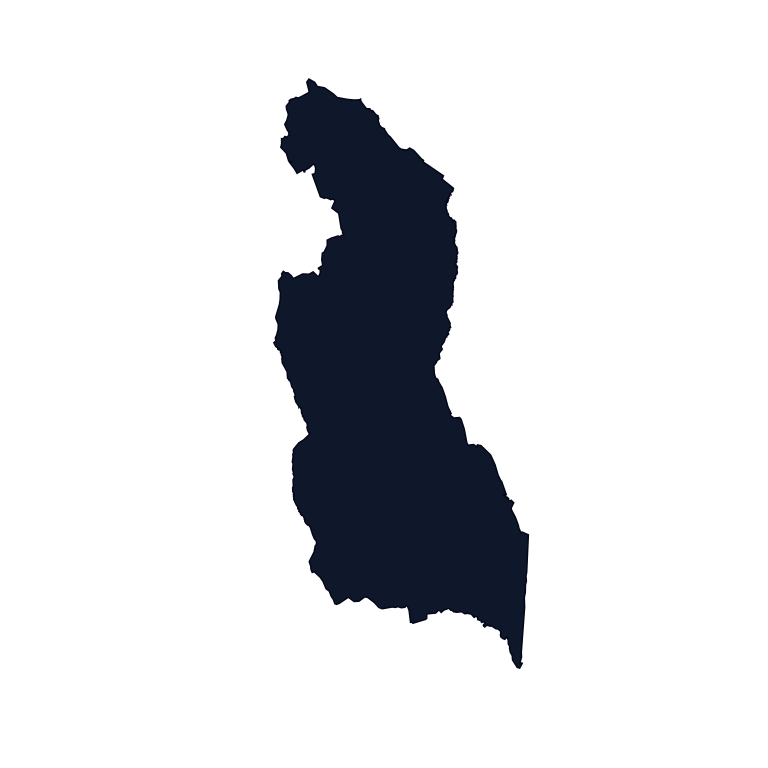 the district of Kilosa, Morogoro, United Republic of Tanzania, rotated 341°
{"feature_id": "72390352B53131574128845", "entity_name": "Kilosa", "entity_type": "district", "adm_level": 2, "iso_a3": "TZA", "parent_name": "United Republic of Tanzania", "parent_adm1": "Morogoro", "projection": "equal_earth", "projection_center": [37.018, -6.957], "detail": "fine", "context": "isolated", "style": "filled", "palette": "ink", "viewbox_px": 768, "rotation_deg": 341, "n_neighbors": 0, "source": "geoboundaries", "source_scale": "gbopen_adm2", "svg_char_len": 6152}
<svg xmlns="http://www.w3.org/2000/svg" viewBox="0 0 768 768"><g transform="rotate(341 384 384)"><path d="M255.5,527.6L255.4,532.5L254.6,535.6L254.8,538.8L256.9,538.8L260.8,546.1L262.1,550.9L262.6,558.8L264.8,562.0L265.0,567.7L266.0,571.2L266.0,575.6L267.3,576.9L270.4,576.8L280.9,574.0L284.9,579.9L289.7,581.2L296.6,579.0L299.1,580.5L303.7,587.4L306.4,593.6L309.1,595.9L319.1,597.5L322.2,599.0L324.7,599.0L327.5,601.2L331.1,601.9L332.7,600.9L333.9,601.8L334.0,606.4L331.5,618.0L333.0,618.3L333.4,619.6L346.8,620.1L348.1,619.4L349.3,616.0L350.5,615.5L358.1,617.4L360.7,616.3L361.5,615.3L363.1,616.8L363.7,618.6L367.2,617.2L372.6,617.2L373.4,619.6L374.3,619.7L375.7,622.0L378.2,623.4L383.5,624.7L385.4,627.4L388.6,628.2L391.6,630.0L393.2,634.0L394.8,633.5L395.8,634.1L396.6,635.5L395.9,637.2L398.8,639.6L398.6,641.1L401.3,641.4L401.6,643.0L399.6,644.2L399.3,645.0L399.8,646.1L400.1,646.5L402.7,645.5L405.8,647.7L406.5,647.2L410.1,651.8L411.9,652.7L413.6,655.2L413.6,656.8L412.3,659.6L412.2,661.4L413.7,663.6L415.1,664.7L418.1,663.3L418.0,666.8L416.9,670.3L417.5,673.1L416.7,674.6L416.1,678.7L416.8,682.7L415.7,686.8L417.7,695.3L419.8,696.8L423.8,693.1L421.9,691.7L425.1,687.0L426.5,682.3L444.3,640.8L447.2,631.4L449.7,627.2L452.4,619.9L454.5,616.6L455.7,611.8L457.6,608.5L471.4,573.6L466.3,568.9L465.0,569.0L464.6,564.4L465.0,561.2L464.8,552.8L463.5,544.3L464.1,542.4L468.0,538.5L466.4,535.3L465.6,535.7L464.4,535.0L464.1,533.8L464.5,532.8L463.6,531.2L462.6,531.3L462.7,529.3L461.4,528.9L461.2,528.0L461.2,527.2L463.6,528.1L463.5,514.2L463.0,513.9L462.2,507.6L462.7,496.5L461.7,485.9L455.6,473.8L452.5,472.0L451.4,473.7L449.0,470.4L443.7,469.3L443.1,467.1L445.2,452.7L445.4,442.5L444.5,440.3L439.0,438.9L436.9,435.9L436.8,433.5L437.8,433.6L437.0,426.2L437.8,415.7L437.7,406.3L436.4,400.4L436.4,397.2L434.7,394.9L435.0,390.4L437.1,382.9L440.7,380.5L441.6,379.2L445.0,378.2L446.1,372.9L450.4,370.1L450.1,367.2L450.6,366.5L454.5,363.8L457.5,359.9L458.7,359.9L459.0,358.8L461.2,358.0L461.5,357.2L461.0,356.8L461.3,355.7L463.5,354.3L464.6,352.2L465.5,352.0L465.3,349.9L466.2,348.6L466.2,347.2L465.3,340.3L465.9,339.8L465.9,336.2L467.8,334.2L471.2,333.1L473.1,331.1L473.9,331.3L474.0,329.9L475.8,329.0L476.8,325.0L477.8,323.7L478.2,322.0L477.9,320.7L479.0,320.3L479.1,318.9L480.2,317.5L480.0,316.6L480.9,315.7L482.0,311.1L483.6,309.0L484.2,308.9L484.6,307.7L485.3,307.6L484.9,307.2L486.2,306.9L487.0,304.6L488.5,304.0L489.7,302.5L490.1,299.7L490.8,298.8L490.6,298.3L491.6,297.3L490.8,294.4L491.5,292.7L492.7,292.2L492.8,290.2L493.9,289.4L493.6,288.4L494.5,287.6L494.5,285.7L496.0,284.7L496.6,283.5L496.4,281.2L496.9,281.0L497.4,278.4L496.4,276.7L496.7,276.4L496.2,273.4L496.8,272.9L496.6,272.0L497.5,271.6L498.0,268.1L498.8,267.3L499.0,267.9L500.4,265.8L500.4,265.0L501.5,264.6L502.5,262.6L502.4,259.4L502.8,259.7L503.8,257.0L503.6,256.3L504.4,255.1L504.5,253.8L504.1,253.7L503.8,252.2L502.4,252.4L502.6,251.4L501.9,250.8L501.7,249.0L500.3,248.0L499.8,246.2L500.2,243.8L499.4,242.0L500.1,240.4L499.3,240.1L500.2,237.7L500.1,236.0L501.3,235.6L501.0,233.9L501.9,233.8L502.0,232.4L503.1,232.8L503.1,231.5L504.2,231.8L504.3,230.7L504.7,231.5L504.5,230.2L505.9,229.6L505.9,228.4L507.2,227.8L508.0,226.2L508.9,226.8L508.9,225.5L509.5,224.5L511.4,224.4L511.2,223.7L512.7,223.1L512.6,222.4L513.4,221.6L505.6,209.2L508.0,206.5L493.3,186.8L494.2,185.4L492.6,183.2L488.2,172.9L485.1,169.3L482.0,170.2L480.0,169.4L476.6,167.5L474.9,165.2L470.3,152.3L468.9,150.0L467.4,144.3L467.5,142.7L465.3,140.8L463.8,137.3L464.2,136.4L464.1,133.4L465.5,131.1L465.2,129.6L465.8,128.8L463.9,126.5L462.3,121.9L460.5,121.1L460.2,119.1L457.8,118.3L456.7,117.2L454.2,109.3L454.6,107.0L453.5,107.3L448.5,105.9L441.7,102.8L432.9,97.8L430.7,93.5L424.1,84.5L417.8,81.0L416.7,76.2L412.3,71.2L409.3,73.4L408.5,82.9L407.5,84.0L396.4,85.8L394.0,84.3L392.0,84.9L388.9,84.5L386.7,85.1L386.3,86.8L382.1,89.4L381.4,92.2L381.4,97.4L380.8,99.0L377.8,103.3L374.7,106.2L375.2,112.3L376.1,115.4L375.3,116.4L375.6,117.8L372.3,118.9L370.8,117.7L369.7,118.7L367.6,119.2L367.0,118.7L365.4,123.6L363.5,126.6L366.8,133.9L366.5,141.8L366.8,143.1L368.7,143.2L368.3,143.9L367.0,144.0L369.4,151.3L370.4,156.5L377.1,155.2L377.6,157.5L378.3,157.5L378.4,156.2L383.3,155.4L389.3,152.8L389.8,155.8L389.5,158.1L387.9,161.6L386.9,162.6L384.5,162.4L384.8,186.2L388.0,189.0L389.6,188.9L391.9,190.5L393.3,192.2L396.0,192.5L397.5,194.7L392.0,200.7L396.8,207.9L394.1,223.1L394.6,225.4L394.0,228.0L394.7,229.9L392.0,229.7L390.3,230.4L388.9,229.1L381.5,228.9L377.1,229.5L375.5,234.5L370.5,239.7L368.3,240.2L365.6,246.3L364.7,251.9L359.7,253.1L359.7,254.0L360.7,254.5L360.7,255.9L359.8,258.4L357.5,260.8L356.7,260.9L356.0,259.9L353.5,254.9L348.9,255.8L342.9,253.5L332.6,254.8L331.5,251.2L329.4,247.6L326.9,246.7L325.5,244.7L323.1,246.4L323.2,247.3L322.3,249.2L317.9,251.9L315.6,260.0L315.9,263.5L313.3,270.4L311.0,274.8L303.6,285.2L303.1,287.0L303.5,293.1L301.6,297.9L298.3,303.0L296.4,304.8L295.7,308.1L293.3,309.1L293.9,313.5L295.2,314.8L295.0,316.7L295.8,317.5L296.5,317.2L296.9,319.0L296.4,320.8L297.0,321.4L296.4,323.4L296.8,325.6L295.9,326.2L294.7,330.9L296.4,340.9L294.7,347.2L295.3,347.8L295.2,349.2L295.8,349.5L296.4,352.3L295.9,356.4L296.9,359.6L296.4,361.5L296.6,364.9L296.3,366.1L295.2,366.8L295.6,367.7L295.0,368.2L294.9,371.1L295.5,371.5L294.8,372.1L296.2,377.5L296.0,378.3L296.5,378.0L297.0,378.8L297.6,381.3L296.7,384.2L296.9,387.2L296.5,387.6L297.2,390.5L296.9,391.9L298.4,395.6L298.2,398.2L297.0,399.9L296.7,402.8L297.0,405.9L297.7,407.1L289.7,410.7L284.3,411.9L277.4,416.2L276.5,417.5L276.3,419.4L275.0,420.6L274.2,423.5L271.9,427.9L272.2,429.6L269.8,434.9L269.5,438.6L268.8,439.3L269.0,442.6L266.8,445.0L265.0,451.2L263.9,452.2L262.7,456.4L263.3,456.7L263.2,459.0L262.5,458.7L262.2,459.2L262.4,460.4L261.7,461.1L261.9,461.9L261.1,463.6L261.7,469.6L262.5,472.3L261.9,473.6L262.6,476.0L262.0,476.6L263.0,478.5L262.8,479.8L263.2,479.9L263.3,481.4L264.4,481.6L265.0,485.1L264.6,485.8L265.0,486.8L264.4,487.8L264.7,490.0L266.0,492.6L266.8,492.9L267.7,495.6L267.5,503.3L267.8,507.7L268.8,510.0L268.6,512.0L267.9,513.6L266.2,514.8L263.3,520.0L255.5,527.6Z" fill="#0f172a" stroke="#020617" stroke-width="1.5"/></g></svg>